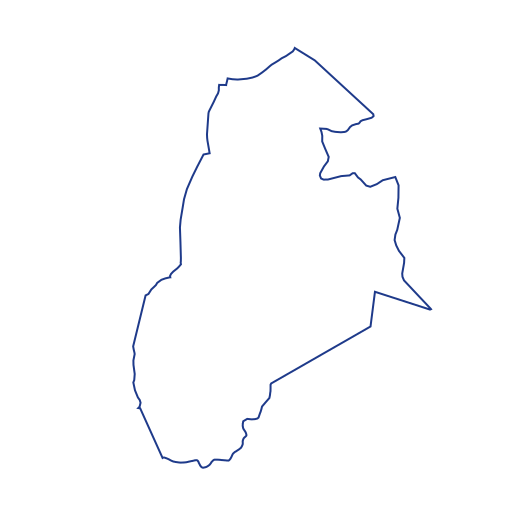 the district of Anse Canot, Dennery, Saint Lucia, rotated 253°
{"feature_id": "8701671B96841263270820", "entity_name": "Anse Canot", "entity_type": "district", "adm_level": 2, "iso_a3": "LCA", "parent_name": "Saint Lucia", "parent_adm1": "Dennery", "projection": "natural_earth1", "projection_center": [-60.908, 13.909], "detail": "fine", "context": "isolated", "style": "outline", "palette": "blue", "viewbox_px": 512, "rotation_deg": 253, "n_neighbors": 0, "source": "geoboundaries", "source_scale": "gbopen_adm2", "svg_char_len": 5497}
<svg xmlns="http://www.w3.org/2000/svg" viewBox="0 0 512 512"><g transform="rotate(253 256 256)"><path d="M430.0,270.6L428.0,269.7L425.3,268.9L422.6,267.2L420.3,264.7L415.8,260.7L409.0,254.2L407.7,253.0L406.2,252.2L397.1,248.7L386.7,244.7L383.2,243.8L380.5,243.3L373.3,242.4L367.8,241.7L368.4,235.5L358.7,226.0L350.6,218.4L340.2,209.5L331.4,203.8L323.3,199.8L312.9,194.6L305.5,191.6L291.0,187.7L276.1,183.6L273.0,182.6L271.6,182.0L270.0,181.8L268.4,179.3L267.2,177.1L265.3,172.3L263.7,169.5L262.1,168.0L260.7,167.8L260.8,167.5L261.1,162.7L260.9,158.6L260.0,156.0L259.2,153.7L257.4,151.7L254.6,146.1L251.1,142.0L250.6,138.9L205.5,112.1L202.2,111.7L199.1,111.5L197.7,111.3L191.9,108.2L187.7,107.0L178.6,105.5L173.0,103.3L170.9,101.7L163.0,101.0L155.3,101.7L152.3,102.7L149.4,102.7L145.9,100.6L145.0,99.0L144.2,100.7L90.2,107.6L90.3,108.0L90.3,108.4L90.3,108.6L90.2,109.1L90.0,109.5L89.8,109.8L89.4,110.3L89.2,110.5L89.1,110.8L88.9,111.0L88.5,111.5L88.1,112.0L87.9,112.2L87.7,112.5L87.4,112.8L87.1,113.1L86.9,113.4L86.5,113.7L86.0,114.2L85.7,114.5L85.3,114.9L84.8,115.4L84.5,115.8L84.3,116.1L83.7,116.7L83.6,117.0L83.3,117.4L83.2,117.7L83.0,118.1L82.7,118.5L82.5,118.9L82.1,119.8L81.9,120.2L81.8,120.5L81.5,121.0L81.4,121.3L81.3,121.5L81.1,121.9L80.9,122.3L80.8,122.8L80.7,123.0L80.5,123.3L80.4,123.7L80.3,124.1L80.2,124.5L80.1,124.9L80.0,125.2L79.9,125.6L79.7,126.2L79.7,126.7L79.5,127.2L79.4,127.6L79.4,127.9L79.3,128.2L79.2,128.7L79.1,129.3L79.1,129.7L79.1,130.1L79.0,130.5L79.0,131.1L79.0,131.6L78.9,132.1L78.9,132.5L78.9,132.8L78.8,133.2L78.8,133.6L78.8,133.9L78.8,134.2L78.7,134.6L78.6,135.0L78.6,135.4L78.6,135.8L78.6,136.1L78.5,136.5L78.5,136.8L78.5,137.2L78.5,137.7L78.5,138.0L78.3,138.4L78.3,138.7L78.2,139.2L78.1,139.5L77.9,139.8L77.7,140.1L77.1,140.5L76.7,140.5L76.2,140.8L75.9,140.8L75.5,140.8L75.2,140.8L74.9,140.8L74.7,140.9L74.2,141.0L73.7,141.1L73.4,141.1L73.1,141.2L72.7,141.3L72.2,141.3L71.9,141.4L71.5,141.5L71.3,141.7L70.8,141.8L70.6,141.9L70.4,142.0L70.0,142.2L69.8,142.4L69.5,142.8L69.2,143.1L69.1,143.5L68.9,143.9L68.9,144.3L68.9,144.9L68.8,145.2L68.8,145.6L68.8,145.9L68.8,146.1L68.8,146.5L68.8,147.0L68.9,147.4L69.0,147.8L69.2,148.6L69.3,148.9L69.5,149.5L69.7,150.0L69.8,150.4L70.0,150.7L70.2,151.0L70.4,151.3L70.6,151.6L70.8,151.9L71.1,152.3L71.4,152.6L71.7,152.9L71.9,153.1L72.2,153.7L72.3,153.9L72.6,154.4L72.7,154.6L72.9,154.9L73.0,155.1L73.1,155.4L73.2,155.7L73.3,156.0L73.4,156.6L73.3,156.8L73.2,157.3L73.0,157.9L72.9,158.3L72.8,158.6L72.7,158.9L72.5,159.6L72.2,160.3L72.1,160.8L72.0,161.0L71.9,161.2L71.7,161.7L71.6,161.9L71.3,162.7L71.1,163.0L70.9,163.5L70.8,163.8L70.6,164.3L70.3,165.0L70.2,165.3L69.9,166.1L69.7,166.4L69.6,166.8L69.5,167.1L69.0,168.2L68.8,168.8L68.6,169.4L68.4,169.8L68.4,170.1L68.6,170.7L68.9,171.2L69.1,171.5L69.3,171.8L69.4,172.0L69.8,172.5L70.4,173.1L70.9,173.6L71.3,174.0L71.8,174.4L72.1,174.7L72.4,174.9L72.7,175.2L72.9,175.4L73.3,175.8L73.6,176.1L73.8,176.4L74.0,176.8L74.3,177.5L74.5,177.9L74.7,178.3L74.8,178.7L74.9,179.1L75.0,179.5L75.0,179.9L75.1,180.1L75.2,180.4L75.4,181.0L75.5,181.3L75.6,181.7L75.7,182.0L75.8,182.4L75.9,182.8L76.1,183.4L76.2,183.6L76.4,184.1L76.5,184.3L76.7,184.9L76.9,185.3L77.0,185.6L77.3,186.0L77.7,186.3L78.0,186.6L78.3,187.0L78.6,187.2L78.9,187.5L79.1,187.6L79.3,187.8L79.5,188.0L80.2,188.4L80.5,188.5L80.9,188.6L81.2,188.7L81.9,188.9L82.2,188.9L82.5,189.1L83.1,189.3L83.3,189.5L83.7,189.6L84.0,189.9L84.4,190.2L84.7,190.4L85.0,190.7L85.3,191.0L85.5,191.3L85.6,191.6L85.9,192.0L86.0,192.3L86.1,192.6L86.3,192.9L86.4,193.1L86.5,193.4L86.8,193.9L87.0,194.2L87.3,194.4L87.6,194.5L87.9,194.5L88.2,194.6L88.5,194.6L88.8,194.6L89.2,194.6L89.4,194.6L89.7,194.6L89.9,194.6L90.3,194.5L90.7,194.5L91.4,194.3L91.9,194.2L92.3,194.0L92.5,194.0L92.8,193.9L93.4,193.7L93.7,193.6L94.0,193.6L94.5,193.4L95.0,193.4L95.3,193.4L95.6,193.4L96.2,193.5L96.6,193.5L96.8,193.6L97.3,193.6L97.5,193.6L97.9,193.8L98.4,194.0L98.8,194.1L99.2,194.2L99.4,194.3L99.7,194.4L99.9,194.6L100.3,194.8L101.0,195.1L101.7,195.5L102.1,197.1L102.8,200.0L102.1,201.6L101.2,203.7L100.9,204.7L100.3,207.3L100.2,209.0L100.2,209.9L100.8,211.2L104.8,214.1L105.6,214.8L105.9,215.0L108.0,216.4L110.2,217.7L110.4,217.9L110.9,218.7L113.2,222.3L116.3,227.3L118.9,228.7L120.8,229.5L122.4,230.3L125.4,231.3L128.7,232.3L129.7,233.3L155.1,344.9L187.0,359.3L153.9,406.7L154.0,407.8L154.3,407.7L189.4,390.4L193.3,390.0L196.5,390.7L206.1,395.6L210.8,397.3L219.1,394.2L225.1,393.2L230.7,393.2L235.8,395.6L239.7,398.7L250.4,404.7L259.9,405.0L270.0,409.2L281.9,413.0L290.8,412.3L291.4,399.4L289.4,392.5L288.8,385.5L291.1,382.0L298.6,378.5L301.3,376.5L306.3,374.7L306.9,372.6L305.7,369.1L307.5,360.8L308.1,347.2L309.3,343.0L311.1,340.9L314.3,340.6L316.4,341.6L321.8,347.2L325.6,352.4L329.5,354.5L338.4,353.5L346.2,352.8L351.5,354.5L355.4,354.9L359.1,354.7L357.0,360.4L356.1,361.8L353.3,364.8L351.6,368.0L349.5,373.3L348.7,377.2L348.8,378.8L349.6,380.7L351.8,383.6L352.8,386.1L352.9,390.1L352.6,392.8L353.2,394.0L354.3,395.4L354.7,397.6L354.5,401.3L354.4,406.7L354.7,407.9L355.5,409.4L356.7,409.5L357.3,409.6L425.9,369.4L443.0,354.4L443.6,353.9L442.5,353.0L440.9,351.0L440.1,348.4L438.4,343.0L437.6,338.4L436.4,334.8L435.4,331.0L434.4,326.9L433.5,324.7L431.6,320.5L429.7,315.5L428.0,310.2L427.8,307.9L427.7,304.8L428.2,299.2L429.0,295.3L430.1,290.0L432.0,285.0L434.1,280.8L433.3,280.4L433.1,280.2L432.0,279.6L430.0,278.4L429.0,277.8L428.5,277.5L428.2,277.4L428.4,276.9L428.6,276.4L430.3,271.0L430.4,270.8L430.0,270.6Z" fill="none" stroke="#1e3a8a" stroke-width="2"/></g></svg>